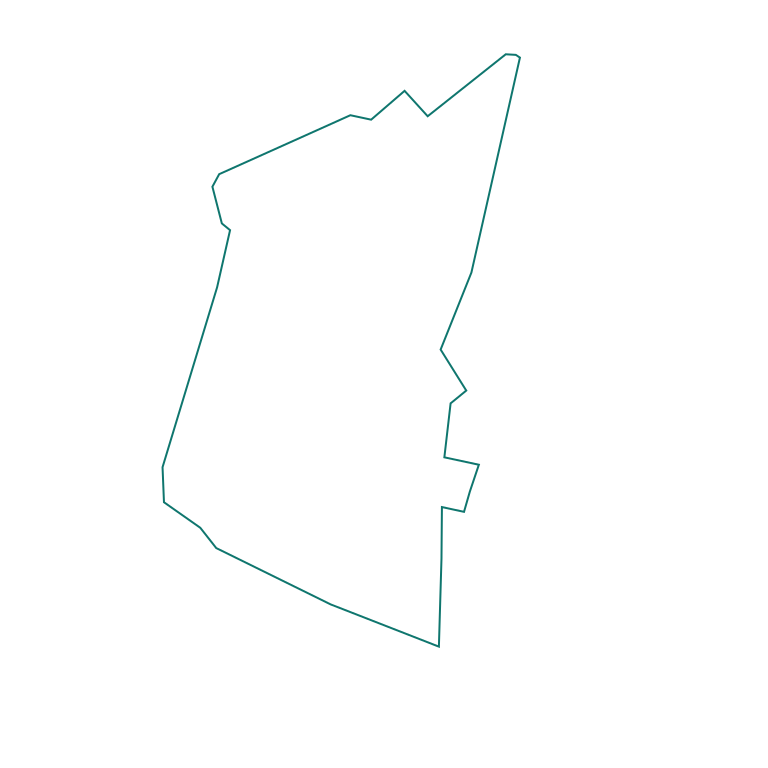 outline of Bledsoe, Tennessee, United States of America, rotated 338°
{"feature_id": "52423323B62552285254036", "entity_name": "Bledsoe", "entity_type": "district", "adm_level": 2, "iso_a3": "USA", "parent_name": "United States of America", "parent_adm1": "Tennessee", "projection": "equal_earth", "projection_center": [-85.176, 35.563], "detail": "fine", "context": "isolated", "style": "outline", "palette": "teal", "viewbox_px": 768, "rotation_deg": 338, "n_neighbors": 0, "source": "geoboundaries", "source_scale": "gbopen_adm2", "svg_char_len": 514}
<svg xmlns="http://www.w3.org/2000/svg" viewBox="0 0 768 768"><g transform="rotate(338 384 384)"><path d="M336.5,648.1L371.9,567.4L391.6,519.8L410.3,532.5L423.3,515.9L441.7,494.4L412.5,474.6L438.5,426.9L457.8,420.9L449.4,373.3L506.8,313.4L632.3,132.3L629.5,128.2L620.4,123.9L524.8,152.1L512.9,119.9L471.1,134.1L453.5,122.2L309.8,127.7L298.8,136.8L293.8,174.4L298.9,183.7L265.5,231.8L147.5,378.2L135.7,411.2L159.8,448.5L167.0,473.3L252.0,568.4L336.5,648.1Z" fill="none" stroke="#0f766e" stroke-width="2"/></g></svg>